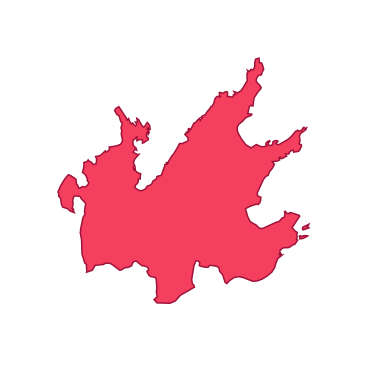 the border of Peloponnisos, rotated 240°
{"feature_id": "GRC-2885", "entity_name": "Peloponnisos", "entity_type": "Region", "adm_level": 1, "iso_a3": "GRC", "parent_name": "Greece", "parent_adm1": "", "projection": "orthographic", "projection_center": [22.642, 37.277], "detail": "fine", "context": "isolated", "style": "filled", "palette": "rose", "viewbox_px": 384, "rotation_deg": 240, "n_neighbors": 0, "source": "natural_earth", "source_scale": "10m", "svg_char_len": 6075}
<svg xmlns="http://www.w3.org/2000/svg" viewBox="0 0 384 384"><g transform="rotate(240 192 192)"><path d="M268.8,93.5L266.9,95.1L261.2,97.9L256.3,95.9L255.2,96.4L252.0,95.9L251.6,96.7L251.4,100.1L250.4,100.9L249.7,102.3L250.2,105.2L251.7,107.4L254.0,106.9L256.1,108.0L258.9,108.3L261.6,107.9L263.6,106.9L267.4,110.5L269.5,112.1L271.6,113.0L271.0,115.8L271.1,117.1L271.7,118.1L270.1,118.5L267.9,119.8L265.3,120.2L265.0,120.7L264.5,123.1L267.4,125.4L269.0,126.1L270.9,126.2L269.8,129.6L269.6,131.9L271.0,137.4L269.4,137.4L269.7,140.6L270.2,141.9L272.3,142.7L269.7,149.7L269.0,153.7L269.8,155.8L271.5,157.7L277.3,159.6L280.9,162.2L282.9,162.5L286.4,166.0L288.5,165.5L294.4,166.9L296.6,165.7L301.1,165.7L302.4,167.5L302.5,171.3L288.6,172.1L286.5,171.8L287.3,173.8L283.0,173.2L281.4,173.4L281.7,174.9L277.6,175.9L277.6,177.3L278.5,178.0L280.9,177.9L280.1,179.0L280.1,179.9L283.3,181.0L281.5,181.9L274.9,181.9L272.5,182.4L272.4,183.7L274.6,188.0L272.1,188.5L270.5,188.5L267.2,187.1L267.2,186.0L269.6,186.0L269.6,185.0L268.3,184.6L266.6,184.9L265.1,184.8L264.0,183.1L266.4,184.1L265.8,182.7L265.0,181.7L262.4,180.0L261.5,181.0L260.3,181.0L259.2,180.3L258.8,175.3L259.1,173.5L261.7,175.2L262.9,174.1L263.8,172.0L263.9,169.9L267.2,171.9L267.2,171.0L266.6,169.6L266.0,166.4L261.9,164.4L257.8,165.5L255.9,164.9L257.5,163.8L255.9,160.8L251.8,163.5L251.1,164.9L249.4,159.5L248.2,157.6L246.2,155.7L243.7,155.7L243.3,155.2L242.9,153.7L241.2,153.0L238.9,152.8L240.4,153.2L241.3,154.8L239.0,153.8L236.9,154.0L233.3,156.7L232.5,155.8L229.2,153.7L230.0,151.7L228.5,151.0L227.2,149.9L226.5,148.7L226.8,147.6L224.4,144.6L219.7,147.0L218.3,149.1L217.9,152.8L219.5,156.3L218.8,159.8L219.3,161.4L221.1,163.9L221.1,167.5L222.8,169.1L222.8,170.6L222.0,172.6L222.0,174.0L228.2,181.4L229.3,182.1L228.5,184.3L230.1,184.2L230.1,185.2L229.3,185.2L229.3,186.2L230.5,187.4L233.3,192.5L234.2,195.2L238.2,202.4L239.6,204.3L240.2,205.8L238.9,207.4L238.3,213.2L239.2,215.1L241.5,215.5L245.5,214.6L245.6,215.3L246.4,216.7L245.6,217.2L246.4,217.7L245.5,218.8L247.6,219.5L248.5,220.7L248.2,221.5L246.4,220.7L247.5,223.3L250.7,228.1L250.5,229.8L252.1,234.9L249.7,235.0L251.3,237.9L252.1,237.0L252.7,239.6L252.2,242.0L253.4,244.0L255.7,249.9L256.6,251.2L256.3,252.4L257.8,255.0L261.1,258.3L261.9,259.9L262.2,261.5L261.7,262.8L260.4,263.3L260.4,264.2L262.6,264.5L264.4,265.3L263.9,266.5L262.6,267.5L262.1,268.4L262.1,270.9L261.4,272.5L259.9,272.4L257.1,270.4L256.0,272.1L254.6,273.6L253.9,275.1L255.5,276.5L254.7,278.5L258.0,278.5L255.0,281.1L255.2,285.0L257.0,288.9L259.3,292.7L260.6,295.3L267.0,298.8L268.3,300.8L269.5,300.9L267.8,301.9L267.8,302.8L268.6,303.7L268.7,304.5L268.1,305.2L267.0,305.9L269.1,308.9L272.7,311.1L275.3,313.5L274.4,317.0L270.3,315.0L269.2,316.5L267.7,316.8L262.3,315.4L260.4,312.2L258.9,311.0L258.9,310.1L259.6,308.1L258.8,305.7L257.1,303.7L255.2,302.9L250.1,304.1L247.7,304.1L246.7,302.5L246.1,300.1L242.5,292.8L236.0,287.8L237.7,286.0L237.2,284.3L232.2,279.7L231.6,279.5L231.1,280.6L229.5,282.7L228.9,281.9L228.8,280.6L229.4,277.1L229.2,274.8L228.1,271.6L227.2,266.3L225.6,263.7L223.0,262.1L219.6,261.4L213.5,261.3L206.1,262.2L200.7,265.2L200.9,271.5L197.0,274.3L195.5,276.4L194.5,279.7L196.3,279.7L197.4,280.7L197.9,282.5L197.7,284.8L196.9,284.8L196.3,282.7L195.5,281.9L194.5,281.7L193.5,282.5L192.9,283.9L192.7,285.2L195.2,287.5L194.6,290.5L193.0,291.9L192.0,288.7L190.3,289.8L189.6,291.3L189.5,300.0L189.9,303.4L190.6,306.2L192.8,312.1L192.3,312.9L192.8,314.2L191.2,315.3L190.7,316.8L191.1,318.6L192.0,320.3L192.0,321.3L190.9,321.2L190.6,321.6L190.4,323.3L189.0,321.7L188.5,316.4L187.9,314.2L186.1,312.7L182.0,311.0L180.5,309.0L179.7,309.0L178.5,310.3L177.3,310.0L175.3,307.5L174.1,305.3L174.2,303.7L175.7,300.0L177.6,300.6L178.2,298.8L177.7,296.4L176.5,294.9L178.2,291.9L175.7,291.9L175.9,290.0L175.8,287.7L176.2,286.0L178.2,285.8L178.2,284.7L175.9,283.9L176.1,281.4L178.2,276.6L174.7,277.2L172.4,273.5L170.6,268.9L168.4,266.3L168.6,263.4L166.8,259.6L158.6,248.1L156.0,246.8L153.0,249.1L149.9,246.7L148.7,245.2L148.1,243.0L148.4,243.0L149.0,242.2L149.8,239.4L150.6,234.9L150.8,230.8L150.5,229.8L142.6,227.9L138.1,227.6L136.0,228.2L131.5,231.0L127.0,232.2L125.7,233.8L125.0,235.7L123.7,249.9L123.1,251.7L123.0,253.0L124.5,257.3L123.8,259.1L127.0,261.9L128.7,262.2L128.7,263.2L127.1,263.3L125.7,263.9L124.9,264.9L125.3,266.1L124.6,267.4L118.2,273.2L117.2,273.2L111.2,261.0L107.3,261.5L104.2,263.0L102.8,261.5L100.0,260.3L99.3,258.9L98.6,258.9L97.5,259.5L95.3,254.8L95.8,253.4L95.4,248.6L95.8,247.3L97.9,243.5L98.0,241.0L97.2,238.8L95.5,237.8L93.1,238.5L94.2,237.9L94.5,237.5L94.7,236.5L93.6,236.4L93.0,236.8L92.3,238.5L91.5,233.2L88.6,229.3L85.1,225.6L82.7,221.0L81.7,215.1L81.5,209.2L82.4,203.9L84.5,199.8L92.0,193.8L95.2,190.4L96.9,185.6L96.4,179.7L95.3,176.3L97.2,175.5L105.1,177.2L109.3,176.3L113.2,177.4L115.5,176.1L119.7,170.8L118.8,168.6L119.6,166.7L122.6,163.2L124.6,161.5L127.1,163.5L129.3,162.7L130.4,160.9L127.1,156.7L116.4,148.0L112.5,146.5L110.4,147.0L108.4,146.6L108.4,130.4L106.0,123.1L106.7,117.2L113.5,106.2L117.8,105.3L118.7,109.5L122.9,111.0L126.5,113.6L134.4,117.4L136.5,117.4L139.6,113.8L141.8,113.0L145.8,113.3L146.2,115.4L148.1,116.1L150.3,115.2L153.4,111.7L160.0,109.2L160.8,106.9L160.0,104.7L158.3,102.8L158.6,98.8L159.7,97.0L160.1,94.6L159.8,92.1L160.5,90.2L169.4,86.5L171.7,84.8L172.8,83.0L173.6,81.1L173.5,79.1L176.9,71.5L174.1,66.6L175.2,60.7L175.9,61.4L179.5,62.9L181.9,64.4L184.0,63.6L193.2,65.7L205.9,72.5L212.9,75.0L213.9,76.1L215.0,76.5L224.3,84.7L226.4,88.3L229.3,89.4L234.7,93.8L236.5,94.1L241.1,92.8L243.9,92.8L244.7,92.3L247.1,88.7L247.3,87.9L246.2,86.2L244.4,84.5L241.3,83.1L238.4,80.7L236.3,80.6L237.0,79.9L233.1,79.7L235.6,77.6L236.8,76.8L239.8,75.9L243.5,72.5L246.6,72.7L252.4,75.1L254.7,74.4L258.2,76.1L259.0,75.9L263.1,81.4L266.8,88.1L268.8,93.5ZM104.2,269.0L106.0,270.0L106.2,271.7L105.8,274.0L105.7,277.1L104.6,275.8L104.1,274.1L102.5,275.2L103.6,269.3L104.2,269.0ZM96.0,271.0L96.2,265.7L96.7,263.5L97.7,261.9L99.3,263.0L100.1,262.9L100.1,263.8L98.5,264.9L98.5,266.5L96.0,271.0Z" fill="#f43f5e" stroke="#9f1239" stroke-width="1.5"/></g></svg>